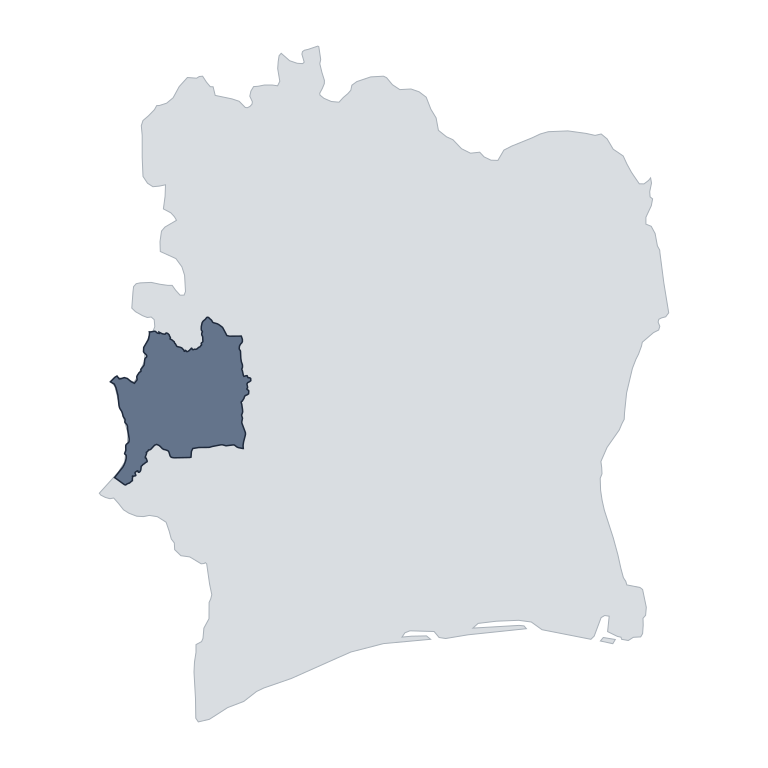 location of Dix-Huit Montagnes within Ivory Coast
{"feature_id": "CIV-3441", "entity_name": "Dix-Huit Montagnes", "entity_type": "Department", "adm_level": 1, "iso_a3": "CIV", "parent_name": "Ivory Coast", "parent_adm1": "", "projection": "robinson", "projection_center": [-7.745, 7.377], "detail": "fine", "context": "in_parent", "style": "filled", "palette": "slate", "viewbox_px": 768, "rotation_deg": 0, "n_neighbors": 0, "source": "natural_earth", "source_scale": "10m", "svg_char_len": 8359}
<svg xmlns="http://www.w3.org/2000/svg" viewBox="0 0 768 768"><path d="M156.7,105.6L159.4,105.5L166.6,103.2L173.1,97.8L179.2,86.6L187.4,77.5L196.6,78.2L199.3,76.5L202.6,76.2L206.5,82.2L210.3,86.7L213.1,86.8L215.2,95.4L232.0,98.9L239.2,101.3L245.3,107.5L247.4,107.7L250.0,106.4L252.0,104.2L252.4,101.8L249.8,96.2L250.9,91.1L253.6,86.6L258.0,86.3L264.5,85.0L272.0,85.0L277.6,85.8L279.8,81.3L277.7,68.6L278.2,61.6L279.1,55.7L281.2,53.3L289.6,60.7L297.2,63.3L302.7,63.6L304.2,62.2L301.9,54.1L302.5,51.6L304.5,50.2L308.1,49.4L317.8,46.1L318.8,46.7L320.7,59.5L319.8,63.7L321.9,72.4L324.4,80.4L324.3,83.7L322.2,88.7L319.7,93.3L320.0,95.1L323.9,98.3L331.3,101.5L339.0,102.2L343.3,97.5L347.8,93.7L350.8,90.3L351.9,85.2L356.8,81.6L370.7,76.9L383.5,76.2L386.6,77.7L392.4,84.7L399.8,89.6L411.0,89.0L419.1,91.8L426.2,97.2L430.9,109.3L436.1,117.9L438.4,130.3L446.5,136.8L452.9,139.7L461.5,148.7L470.5,153.2L479.7,152.2L484.1,156.9L491.0,160.2L497.9,160.4L503.9,150.1L511.9,146.0L532.2,137.8L540.2,134.0L548.3,131.7L567.9,130.9L586.0,133.4L595.1,135.4L601.2,134.0L607.1,138.9L613.2,149.2L618.1,152.5L623.2,156.0L627.0,164.2L631.4,172.2L633.8,175.8L639.3,183.8L644.0,183.9L648.6,180.4L650.6,177.9L651.5,183.1L649.7,191.7L650.1,196.9L652.6,198.9L651.3,205.7L645.9,217.3L645.9,224.1L651.2,226.3L655.1,233.5L657.4,245.9L659.7,250.1L659.9,252.6L663.8,282.7L668.7,312.8L665.7,316.8L661.5,317.9L658.8,319.3L658.1,322.1L659.8,326.3L658.7,330.0L653.5,332.6L642.3,342.2L641.5,346.0L638.5,354.2L636.0,359.1L632.4,368.4L626.6,392.8L624.5,413.1L624.2,419.3L621.9,423.7L619.3,429.9L607.1,447.3L600.9,461.5L601.7,467.6L602.0,473.8L600.2,478.3L600.6,490.3L602.1,500.3L604.3,510.1L613.3,538.0L617.9,554.9L620.9,568.5L623.4,577.7L625.8,581.4L626.8,584.9L640.0,587.5L642.6,589.5L646.3,607.3L645.6,615.3L643.0,618.3L643.2,625.1L642.6,633.6L640.7,636.9L633.3,637.3L628.3,640.5L621.6,639.3L621.0,637.2L617.4,636.4L607.6,631.6L609.2,616.2L604.7,615.5L601.1,617.6L594.2,636.1L590.9,639.3L542.0,629.7L531.3,622.0L518.6,620.3L496.4,621.2L478.1,623.4L472.9,628.1L519.1,625.4L524.0,625.9L526.4,628.7L468.0,634.8L445.7,638.5L439.1,637.5L434.1,631.5L409.9,630.8L404.9,632.8L402.0,637.1L411.5,636.2L426.5,635.9L430.6,639.3L383.5,643.6L350.9,652.0L337.0,658.1L291.5,678.4L263.8,688.0L256.5,691.5L243.8,701.4L227.6,707.6L209.4,719.3L198.3,721.9L195.8,718.2L195.5,698.5L194.0,672.1L194.5,662.0L196.0,652.4L196.0,644.6L201.6,641.6L203.0,638.3L203.9,628.1L209.0,618.7L209.1,602.4L210.7,599.0L211.8,594.7L209.6,584.1L206.7,563.9L205.3,562.6L204.1,563.5L201.2,563.8L189.7,556.9L180.9,555.7L174.7,549.7L174.3,542.9L171.3,539.0L169.2,531.2L166.1,522.2L157.4,516.7L149.3,515.4L143.5,516.6L136.7,516.2L128.9,513.2L123.5,509.8L118.4,503.3L113.7,498.0L109.9,498.7L105.3,497.4L100.8,495.1L99.3,493.2L118.2,472.3L124.7,462.1L125.4,455.8L125.4,449.5L127.5,443.0L128.0,433.2L117.6,397.3L114.9,386.3L112.1,383.0L110.3,381.8L115.6,377.2L122.9,378.4L134.1,382.0L136.5,378.4L145.0,360.3L144.7,353.6L143.9,349.0L148.9,336.6L152.8,331.8L154.8,326.6L154.2,319.6L151.2,317.0L147.3,317.5L142.6,315.7L135.5,311.7L131.8,308.1L133.0,291.7L133.6,286.6L136.2,283.7L140.1,282.9L151.2,282.4L160.1,284.3L168.0,285.4L172.2,285.4L175.6,290.2L180.1,295.2L184.1,295.1L185.5,291.5L184.6,275.3L181.9,266.8L175.9,258.6L160.3,251.5L160.0,241.7L161.5,231.1L164.9,227.1L176.5,220.3L174.4,216.7L170.8,212.8L163.4,208.9L165.1,196.2L165.5,184.8L159.3,186.1L152.9,186.7L147.5,183.2L143.0,176.4L142.2,157.4L142.2,135.4L141.3,125.7L143.0,120.5L148.5,115.8L154.5,109.6L156.7,105.6ZM615.3,639.5L612.8,643.7L600.4,641.0L603.3,637.5L615.3,639.5Z" fill="#d9dde1" stroke="#a8b0b8" stroke-width="1"/><path d="M159.2,333.4L159.0,332.1L160.7,333.0L162.4,333.8L164.6,334.2L165.2,334.1L165.5,333.5L166.0,333.1L166.6,333.0L167.8,333.5L169.2,334.9L169.2,335.0L169.4,335.5L169.5,336.0L169.7,336.5L170.3,337.2L170.4,337.7L170.3,338.1L170.1,338.6L170.1,339.0L170.5,339.2L171.1,339.4L171.6,339.7L172.1,340.0L172.5,340.3L173.2,341.0L173.6,341.3L174.1,341.6L174.3,342.1L174.5,342.7L174.7,343.2L175.4,343.8L175.6,344.2L176.4,345.6L176.6,346.1L177.1,346.5L178.1,346.8L180.0,347.2L181.6,347.8L182.3,348.4L182.6,348.9L183.0,349.3L183.6,349.6L183.8,350.1L184.1,351.1L184.4,351.3L184.8,351.2L185.5,350.4L185.9,350.6L186.2,350.9L186.4,351.3L186.7,351.6L187.2,351.6L187.9,351.4L189.3,350.5L190.3,349.4L190.8,349.0L191.1,348.5L191.4,348.2L191.7,348.2L192.0,348.6L192.2,349.1L192.5,349.5L192.9,349.7L193.6,349.6L194.4,349.2L195.2,349.3L195.9,349.3L196.6,349.1L197.5,348.5L198.4,347.5L198.8,347.3L199.2,347.1L199.8,347.0L200.2,346.5L200.5,346.1L200.8,345.7L201.1,345.4L201.4,345.2L201.6,344.9L201.5,344.5L201.3,344.1L201.2,343.6L201.3,343.2L201.6,342.8L202.1,342.5L202.7,341.9L202.9,341.3L202.9,340.7L202.8,340.2L202.7,336.9L202.5,336.4L202.4,336.1L201.8,335.0L201.8,334.8L201.7,334.4L201.7,333.8L201.8,333.2L201.9,332.7L202.4,332.0L202.4,331.8L202.4,331.6L202.3,331.4L201.7,330.7L201.4,330.2L201.3,329.7L201.2,329.1L201.3,326.4L202.1,322.8L202.5,322.1L202.7,321.8L202.9,321.4L203.6,320.7L205.1,319.5L205.7,318.8L206.3,318.0L206.6,317.6L207.1,317.3L207.9,317.3L208.6,317.5L210.0,318.9L211.0,319.7L211.5,320.2L211.9,320.7L212.3,321.7L212.6,322.1L213.1,322.5L213.8,322.8L217.1,323.7L218.7,324.5L222.1,327.0L222.5,327.4L222.8,327.8L225.9,333.6L226.8,335.5L229.5,336.2L241.3,336.1L242.4,339.4L242.4,341.6L241.8,342.8L240.8,343.8L239.9,345.2L239.5,346.0L239.4,346.7L239.2,348.4L239.4,349.4L240.3,350.6L240.5,351.3L240.8,358.3L241.4,361.9L242.4,364.7L242.5,365.9L242.5,367.1L242.2,368.2L241.7,369.1L242.4,370.8L243.4,375.5L244.0,376.4L246.1,375.7L247.1,375.7L248.0,377.6L250.0,377.9L250.7,378.5L250.8,380.7L249.4,381.8L247.7,382.6L246.9,384.0L247.5,386.5L247.6,387.6L247.5,388.0L247.2,388.2L247.0,388.4L246.9,389.1L247.2,389.5L248.4,390.3L248.8,390.9L248.6,393.8L247.0,394.9L245.2,395.6L244.3,397.1L244.0,398.3L243.4,399.3L242.8,400.2L242.3,401.1L241.8,401.3L241.4,401.6L241.2,402.2L241.3,402.9L241.7,404.0L242.5,409.3L242.7,411.9L242.1,413.8L241.6,414.9L241.8,416.1L242.2,417.2L242.5,418.2L241.8,421.8L241.8,422.9L245.4,432.6L245.5,434.2L245.2,435.7L243.6,441.8L243.1,445.1L243.1,446.3L243.3,448.5L242.7,448.5L238.3,447.6L236.9,447.0L234.6,445.2L234.2,445.0L233.2,444.9L226.0,445.8L222.9,444.9L222.3,444.8L221.0,444.8L212.2,446.5L209.6,447.3L208.6,447.4L198.8,447.5L192.8,448.5L191.6,451.0L191.4,451.7L191.0,457.2L189.8,457.5L174.2,457.8L172.6,457.6L171.3,457.3L170.4,456.4L170.0,455.7L169.0,452.3L168.5,451.4L168.1,450.9L167.4,450.5L165.1,449.7L163.8,449.5L163.1,449.1L162.3,448.6L160.3,446.5L159.6,445.9L159.1,445.5L156.7,444.4L154.6,445.2L150.9,449.2L149.9,449.8L149.1,450.0L148.6,449.9L148.3,450.2L148.1,450.7L147.7,451.4L147.2,451.8L146.5,452.1L146.3,452.4L146.6,453.2L146.2,454.6L145.5,456.4L145.3,457.0L145.3,457.6L145.4,458.0L145.7,458.1L146.1,458.1L146.3,458.5L147.2,461.1L147.1,461.7L146.7,462.0L146.2,462.2L145.4,462.7L144.6,463.5L143.5,464.2L142.9,464.5L142.4,465.3L141.3,466.2L141.1,466.7L141.1,467.7L140.8,469.9L140.4,471.0L139.7,471.9L139.1,472.3L138.6,472.3L138.2,472.1L138.0,471.7L138.0,471.2L137.8,470.9L137.2,470.9L135.3,472.2L135.0,472.9L135.1,473.3L135.7,474.7L135.8,475.5L135.4,475.8L134.5,475.9L134.1,476.1L133.6,476.2L132.6,476.0L132.4,476.2L132.6,477.1L132.6,477.7L132.4,478.4L132.3,479.0L132.4,479.5L132.4,480.0L132.4,480.7L131.7,481.1L129.4,483.1L128.8,483.2L127.6,483.7L126.8,484.1L125.8,484.9L125.1,484.9L124.2,484.5L115.1,477.9L114.5,477.6L122.9,467.0L124.2,464.6L125.4,461.6L126.2,458.4L126.3,456.9L126.2,455.5L125.8,454.8L125.0,454.3L124.6,453.5L125.8,450.5L125.8,448.9L125.7,447.1L125.8,445.3L126.3,444.4L128.3,442.7L129.0,441.7L129.2,439.1L127.6,429.0L127.5,426.4L127.2,425.4L126.6,424.3L125.3,422.8L124.9,422.1L124.9,421.4L125.1,420.1L125.0,419.4L124.6,418.6L123.5,417.0L123.1,416.1L122.3,412.8L121.7,411.4L120.1,408.9L119.5,407.6L119.0,405.6L117.9,395.3L116.0,387.8L114.3,384.1L110.4,381.8L114.7,377.4L117.0,376.0L119.2,378.9L121.0,378.7L124.3,377.6L127.4,378.5L131.0,381.6L134.4,383.3L137.0,379.9L137.1,379.2L136.8,377.4L136.8,376.6L137.3,375.4L139.1,372.7L139.6,372.3L140.6,371.6L141.0,371.2L141.0,370.8L140.8,369.7L140.9,369.3L143.9,365.4L144.3,363.9L144.6,360.3L145.0,358.6L145.4,358.0L146.0,357.6L146.6,357.0L146.8,356.0L146.3,354.8L144.2,352.8L143.5,351.7L143.7,347.4L148.4,339.5L149.3,335.3L149.5,332.8L149.3,331.9L150.7,331.9L154.6,331.2L155.6,331.5L156.5,332.4L157.6,333.2L159.2,333.4Z" fill="#64748b" stroke="#1e293b" stroke-width="1.5"/></svg>